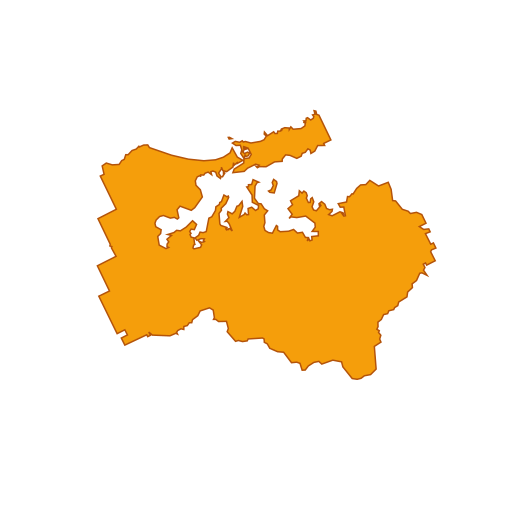 the district of Lake Macquarie, New South Wales, Australia, rotated 234°
{"feature_id": "25037944B40753124190116", "entity_name": "Lake Macquarie", "entity_type": "district", "adm_level": 2, "iso_a3": "AUS", "parent_name": "Australia", "parent_adm1": "New South Wales", "projection": "orthographic", "projection_center": [151.587, -33.038], "detail": "fine", "context": "isolated", "style": "filled", "palette": "amber", "viewbox_px": 512, "rotation_deg": 234, "n_neighbors": 0, "source": "geoboundaries", "source_scale": "gbopen_adm2", "svg_char_len": 6155}
<svg xmlns="http://www.w3.org/2000/svg" viewBox="0 0 512 512"><g transform="rotate(234 256 256)"><path d="M249.9,370.2L249.0,366.5L250.3,365.0L246.5,361.0L250.0,353.3L246.0,352.8L244.0,355.8L236.0,352.0L236.7,350.5L240.2,350.5L238.8,351.5L239.8,351.8L242.4,349.9L243.8,341.2L246.8,339.1L247.4,343.7L248.9,345.3L250.2,342.7L253.0,341.0L257.4,342.1L261.5,341.0L261.3,337.7L259.7,337.0L260.2,338.3L258.7,338.2L257.1,331.4L259.4,329.6L262.9,330.3L265.9,334.6L270.2,335.8L270.1,333.8L267.5,331.3L268.5,329.8L273.2,330.7L274.7,332.9L277.7,333.8L280.4,332.9L279.8,330.2L283.3,329.4L279.6,326.0L280.4,316.4L276.0,315.7L275.5,309.7L268.5,309.8L267.0,304.9L267.0,307.4L263.1,311.6L259.1,319.7L248.0,323.0L244.5,320.9L242.9,315.9L239.2,320.8L235.7,318.3L239.0,312.5L236.0,310.8L236.6,308.5L238.5,308.9L238.1,306.3L240.1,309.2L242.0,306.9L247.9,307.5L250.2,303.0L255.4,302.0L256.9,296.9L261.4,289.9L264.4,288.8L267.3,290.9L268.7,290.4L264.8,282.7L267.6,279.9L271.4,278.3L275.4,279.7L277.7,282.8L284.3,286.8L285.7,292.0L289.3,290.5L295.2,290.8L297.1,288.7L303.6,288.7L313.1,296.3L314.7,299.9L314.1,301.6L319.5,298.5L316.4,294.5L318.1,291.8L316.5,290.7L317.3,289.1L307.6,288.6L301.6,284.6L295.4,287.8L292.9,285.6L293.1,282.4L298.0,281.2L299.1,277.5L293.9,274.3L294.7,272.8L297.2,272.4L296.5,270.9L297.1,265.2L303.9,274.4L308.4,276.8L306.9,271.6L307.5,269.8L304.6,265.2L304.1,261.5L308.4,259.4L306.7,257.5L302.9,256.6L302.0,251.5L301.1,253.1L298.1,253.3L290.2,251.5L293.7,250.9L294.1,249.1L293.0,248.8L294.4,249.1L294.5,247.5L295.8,247.6L296.2,249.2L301.4,245.5L303.2,245.6L312.2,251.1L313.3,254.9L315.1,255.9L316.1,262.4L319.5,268.4L320.8,268.8L321.0,267.3L324.2,265.9L320.3,260.0L320.6,258.1L319.2,256.6L319.4,252.5L316.6,249.9L313.7,243.3L314.3,240.1L305.0,230.1L306.0,226.9L308.2,224.8L306.4,221.7L306.5,217.3L303.5,217.4L302.4,221.6L300.2,224.3L299.3,222.5L298.0,222.8L298.3,221.5L299.3,219.7L302.4,218.3L297.0,218.6L295.6,216.2L298.2,210.1L299.6,209.7L301.5,212.0L301.2,214.1L301.5,213.2L307.3,216.4L309.3,214.6L312.2,215.2L312.5,216.7L314.8,216.7L315.9,219.3L313.6,221.6L316.5,226.5L321.8,225.4L320.4,216.5L320.8,209.6L323.4,206.9L323.2,203.4L325.3,197.2L322.3,199.7L321.9,193.8L318.7,193.7L317.9,191.1L315.9,189.5L314.3,190.3L314.9,187.5L321.7,184.1L329.6,188.0L330.2,192.0L333.0,194.7L338.6,192.1L341.9,193.5L343.8,196.3L344.6,201.2L343.2,204.9L337.0,209.0L335.2,212.7L332.1,214.1L332.3,216.0L339.8,219.3L341.0,223.8L331.0,230.5L331.1,234.8L335.3,247.3L342.3,249.9L348.5,249.0L352.5,251.1L354.6,255.0L353.9,258.1L352.6,257.8L354.1,258.9L352.2,261.3L352.9,263.5L352.0,266.6L347.9,267.9L350.7,269.0L350.1,271.1L347.5,272.7L343.7,271.5L339.6,272.8L340.7,274.2L345.1,274.5L346.7,279.3L348.2,280.2L344.6,279.4L341.5,281.8L341.5,289.6L344.7,292.7L342.3,291.5L342.7,296.6L342.0,294.2L341.1,301.6L347.0,299.0L357.5,300.3L354.7,295.6L355.1,287.7L357.6,279.8L363.7,269.8L374.1,258.2L387.2,246.9L406.3,233.5L409.5,233.7L411.8,230.3L412.8,225.6L413.6,225.7L412.9,222.0L414.2,217.7L413.1,212.1L414.5,210.2L411.6,206.2L412.1,203.4L410.5,199.1L414.2,193.3L419.2,189.5L419.3,184.5L411.4,181.1L412.2,177.0L375.9,170.5L379.1,150.1L351.2,145.0L350.0,143.7L348.4,144.9L347.6,143.8L338.0,142.6L341.3,121.9L313.8,116.9L315.9,105.2L274.8,98.0L273.4,106.5L267.7,105.6L268.8,98.8L261.0,97.5L256.5,121.3L254.4,121.0L253.9,124.0L257.5,124.5L252.9,125.7L242.0,139.5L240.6,145.7L239.0,146.6L241.0,147.0L241.7,148.9L241.2,152.5L239.0,154.4L241.4,156.2L240.1,159.5L241.2,162.8L239.8,164.8L241.8,167.2L241.9,173.8L244.4,178.5L241.4,187.9L237.4,189.6L230.6,186.1L229.7,184.4L228.4,186.2L225.0,187.2L220.5,193.7L213.6,191.0L211.7,188.2L199.0,189.3L198.0,192.1L194.7,194.8L192.5,199.0L193.5,200.9L185.8,213.1L184.1,213.8L181.3,212.0L178.3,213.5L173.2,212.9L165.9,217.2L161.9,221.8L148.8,222.0L146.2,226.5L143.3,228.5L136.5,226.2L134.8,228.8L136.3,233.7L135.9,240.3L133.8,244.9L129.9,245.7L126.6,256.9L120.1,263.0L115.2,261.1L100.3,261.8L96.8,265.4L95.3,269.1L95.4,273.3L92.7,279.0L93.9,286.7L113.3,298.6L112.9,306.5L116.1,307.2L118.5,310.4L122.1,310.2L123.1,311.8L125.7,310.7L127.1,313.2L130.8,315.7L131.0,320.1L133.6,324.8L132.0,328.6L133.6,331.3L131.7,335.9L132.8,337.9L132.5,341.5L134.9,344.4L134.2,354.1L137.7,357.5L138.5,364.0L141.7,365.9L141.8,371.4L145.8,378.3L144.8,380.4L139.8,383.0L146.1,383.2L147.4,385.9L151.1,386.5L150.7,389.1L148.3,388.7L146.8,398.2L156.8,399.8L157.8,401.6L156.7,406.2L162.3,407.2L162.8,404.3L174.5,406.2L173.2,411.1L176.4,411.7L178.9,407.3L183.8,405.4L182.6,412.8L192.1,414.5L197.0,411.5L199.6,405.9L202.8,405.4L207.8,401.8L218.5,401.3L220.5,399.1L230.5,404.5L237.9,406.3L240.6,396.3L250.3,392.5L249.2,386.8L252.0,382.4L251.5,377.2L249.1,371.0L249.9,370.2ZM332.9,389.7L334.9,388.3L338.0,389.6L339.4,388.4L336.0,387.1L336.9,384.7L334.8,384.7L333.7,383.2L333.9,380.2L337.6,379.0L337.9,377.6L336.0,375.9L337.1,374.2L335.5,374.5L336.4,372.9L334.6,374.1L332.5,372.0L332.6,367.4L336.7,360.6L340.0,360.1L338.8,357.3L340.0,358.1L342.9,354.7L343.5,352.3L342.2,349.9L344.1,351.8L342.7,349.2L344.2,347.0L342.6,345.3L343.9,343.3L346.1,343.3L346.5,336.1L351.3,335.7L349.8,334.3L346.9,334.8L345.3,330.9L346.1,327.0L350.4,318.3L354.9,314.7L355.7,312.7L357.3,312.6L357.6,309.6L360.9,306.6L361.2,303.3L357.1,304.8L354.8,308.4L350.2,306.9L347.9,303.9L342.1,303.6L344.0,306.5L342.5,306.4L341.7,308.5L342.9,311.3L345.0,310.3L345.7,306.9L348.0,306.4L349.1,306.5L348.2,307.5L349.4,309.1L351.3,309.6L348.8,309.4L348.0,311.7L352.3,310.0L347.9,313.0L341.0,311.9L339.3,308.1L341.8,303.5L338.4,300.7L339.1,289.4L337.0,286.3L331.4,296.2L332.0,300.8L330.5,309.7L327.7,311.9L327.3,309.6L328.4,308.8L326.6,309.0L326.3,311.3L322.3,316.6L321.2,326.4L317.2,332.8L319.0,334.3L320.4,339.4L317.5,342.6L311.0,346.4L310.2,351.2L311.9,353.7L310.9,356.8L312.2,361.0L309.8,362.1L306.7,360.7L306.3,365.2L309.1,370.8L305.1,376.5L307.3,376.9L305.9,384.8L332.9,389.7ZM307.6,315.3L305.9,312.3L302.8,311.4L300.6,307.1L301.2,304.3L299.4,304.6L296.3,307.8L302.3,315.6L304.2,316.4L307.6,315.3ZM339.9,275.5L340.7,275.1L340.0,275.2L339.8,275.6L341.4,279.5L343.0,279.0L340.6,277.3L339.9,275.5ZM368.2,303.3L366.4,303.0L365.1,305.5L367.6,304.3L368.2,303.3Z" fill="#f59e0b" stroke="#b45309" stroke-width="1.5"/></g></svg>